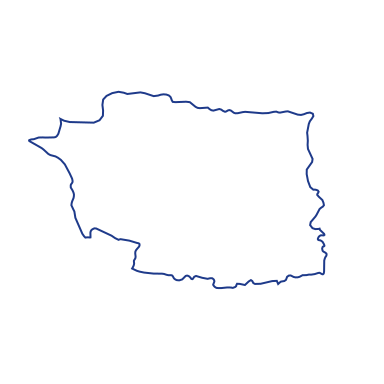 map outline of Manipur (Mercator projection), rotated 252°
{"feature_id": "IND-2478", "entity_name": "Manipur", "entity_type": "State", "adm_level": 1, "iso_a3": "IND", "parent_name": "India", "parent_adm1": "", "projection": "mercator", "projection_center": [93.694, 24.765], "detail": "fine", "context": "isolated", "style": "outline", "palette": "blue", "viewbox_px": 384, "rotation_deg": 252, "n_neighbors": 0, "source": "natural_earth", "source_scale": "10m", "svg_char_len": 3903}
<svg xmlns="http://www.w3.org/2000/svg" viewBox="0 0 384 384"><g transform="rotate(252 192 192)"><path d="M302.1,89.5L299.3,92.4L296.3,97.4L288.3,120.0L288.8,126.2L292.0,130.8L296.9,132.6L302.5,133.7L307.4,136.1L309.8,140.4L310.7,146.7L310.0,153.1L307.5,157.8L305.2,160.8L302.7,173.7L300.5,177.7L295.0,185.2L294.2,189.6L294.2,192.3L293.7,195.1L292.6,197.7L291.0,199.8L289.1,200.9L287.4,201.1L285.7,201.1L283.7,201.5L282.6,203.9L279.7,214.2L278.1,217.7L271.9,221.7L270.3,223.3L269.3,225.4L267.4,233.1L265.3,234.4L263.8,235.7L262.8,237.5L262.5,243.6L261.3,245.3L259.6,246.5L258.1,248.2L258.0,249.1L258.5,251.7L258.3,253.0L257.4,254.2L254.5,256.2L253.5,257.5L252.8,259.9L252.3,264.9L251.8,267.4L245.1,283.3L243.5,289.0L243.0,294.4L242.4,297.0L241.0,298.7L240.3,300.2L239.6,305.9L239.1,308.1L232.9,316.5L231.6,319.5L231.4,322.5L231.6,325.7L231.1,328.8L230.7,329.2L229.1,331.1L226.7,330.9L224.8,328.7L222.8,325.9L220.6,324.1L212.8,319.8L209.7,319.2L205.0,318.0L201.1,316.5L197.1,315.6L186.2,316.9L183.4,315.5L177.9,308.1L173.6,306.6L166.6,305.7L160.1,306.0L156.7,308.1L156.4,309.3L155.9,310.4L155.2,311.4L154.4,312.2L153.1,312.5L152.2,311.7L151.5,310.7L150.6,310.2L148.4,311.1L144.1,313.5L141.2,313.7L138.7,313.4L137.7,312.0L137.2,310.1L136.4,308.1L131.9,303.5L130.5,301.8L126.7,295.6L124.0,294.1L120.4,295.4L118.6,297.8L117.7,301.2L117.7,302.0L116.4,302.0L111.4,304.7L110.3,304.7L110.0,304.0L110.3,303.1L110.7,302.1L111.0,301.1L110.8,300.0L110.3,298.8L108.9,297.4L108.1,297.1L107.4,297.3L106.9,298.0L106.3,299.2L105.4,300.0L104.2,300.8L101.9,301.3L100.6,301.4L99.9,301.3L99.6,300.8L99.6,300.4L99.6,299.7L99.3,299.2L98.0,298.3L96.5,298.1L95.6,298.1L94.8,298.5L93.2,300.0L91.9,300.8L90.7,300.6L89.7,299.9L89.0,298.9L87.8,297.8L86.0,296.6L75.7,293.1L74.1,292.3L73.5,291.7L73.3,291.0L73.6,290.4L74.3,289.7L75.0,289.1L75.7,288.4L75.9,287.7L76.0,286.7L76.0,283.4L76.6,279.7L77.3,277.8L77.4,276.9L77.6,275.1L78.4,272.4L78.7,271.4L78.1,268.1L78.2,266.2L78.8,264.1L79.8,262.4L82.1,260.1L82.6,258.4L82.0,256.3L79.4,254.2L78.8,252.3L79.3,248.9L78.8,247.5L77.9,245.5L81.3,245.2L82.5,240.7L83.5,228.9L85.1,223.5L86.4,222.2L88.7,221.8L90.0,220.8L89.4,218.3L87.2,213.6L89.8,209.1L90.8,206.5L89.6,205.3L88.8,204.9L88.3,203.7L88.2,201.2L88.7,200.2L89.0,199.8L89.6,198.2L90.4,195.7L91.6,190.1L92.4,187.6L93.2,185.7L93.9,185.0L94.8,184.3L95.4,184.0L96.5,183.6L97.0,183.5L97.3,183.5L97.7,183.8L99.3,185.1L100.0,185.6L101.1,185.8L102.2,185.6L103.6,184.7L104.1,183.6L104.4,182.4L104.6,180.0L107.3,175.1L110.9,169.9L110.7,168.0L110.2,167.3L109.2,166.1L109.0,165.4L109.4,164.7L110.0,164.3L110.7,164.2L111.5,163.8L112.5,163.3L113.8,162.0L114.1,161.0L114.1,160.0L111.9,155.7L111.9,152.6L112.3,151.6L113.0,150.1L113.9,149.2L114.8,148.5L115.7,148.1L117.9,147.7L119.0,147.1L119.6,145.7L120.2,143.8L121.2,142.1L122.7,140.1L123.6,138.2L126.3,130.2L130.2,121.5L132.5,117.5L134.1,115.2L137.7,111.4L138.8,112.6L140.1,113.8L141.0,114.4L142.0,114.9L143.0,115.1L143.9,115.3L144.5,115.5L144.8,115.7L145.9,117.0L146.7,117.8L148.0,118.4L151.0,119.0L152.6,119.6L153.8,120.6L154.7,121.9L156.5,124.9L157.8,125.8L159.1,125.9L159.9,125.1L160.5,124.0L165.1,117.4L169.2,109.5L169.3,108.1L169.2,107.4L171.9,104.6L175.3,102.0L186.9,89.6L187.6,87.9L187.5,87.0L187.3,85.7L186.8,84.5L185.9,83.5L184.7,82.8L180.4,81.5L180.2,81.4L180.3,80.8L181.1,78.9L181.4,77.6L181.6,76.5L183.2,75.7L186.2,74.8L203.5,73.1L209.8,74.1L212.5,73.7L216.7,73.2L218.6,74.1L220.1,75.1L222.9,77.5L224.6,78.4L226.3,79.0L228.1,79.1L230.3,78.9L233.7,78.1L235.5,78.6L236.6,79.2L237.3,80.3L238.2,81.3L238.4,81.4L238.7,81.6L239.8,81.9L241.7,82.1L247.5,81.4L257.6,79.6L263.1,77.2L266.0,75.1L268.0,73.2L270.9,68.7L272.6,67.1L278.3,63.9L280.2,62.6L290.3,53.4L291.1,52.9L291.6,53.2L291.7,54.7L291.6,55.8L291.1,57.9L291.2,63.0L290.0,67.0L289.0,69.6L286.6,77.6L286.4,79.3L287.1,81.0L288.7,82.9L295.1,87.3L297.4,88.6L302.0,89.5L302.1,89.5Z" fill="none" stroke="#1e3a8a" stroke-width="2"/></g></svg>